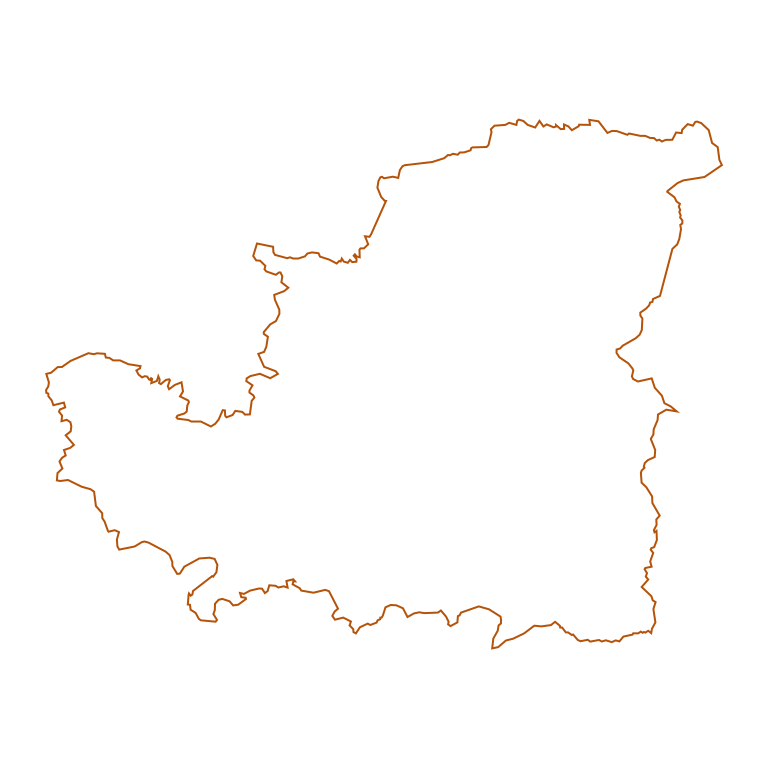 San Pedro Yeloixtlahuaca, Puebla, Mexico (Mercator projection), rotated 270°
{"feature_id": "50627088B18760877714878", "entity_name": "San Pedro Yeloixtlahuaca", "entity_type": "district", "adm_level": 2, "iso_a3": "MEX", "parent_name": "Mexico", "parent_adm1": "Puebla", "projection": "mercator", "projection_center": [-98.049, 18.052], "detail": "fine", "context": "isolated", "style": "outline", "palette": "amber", "viewbox_px": 768, "rotation_deg": 270, "n_neighbors": 0, "source": "geoboundaries", "source_scale": "gbopen_adm2", "svg_char_len": 6112}
<svg xmlns="http://www.w3.org/2000/svg" viewBox="0 0 768 768"><g transform="rotate(270 384 384)"><path d="M547.5,682.4L550.5,680.1L552.6,680.7L556.0,679.3L558.0,680.2L561.3,678.8L564.1,679.9L566.6,676.5L570.7,674.5L576.2,667.2L577.0,667.5L585.0,677.6L587.6,683.4L591.0,704.5L602.9,721.9L608.1,719.4L620.9,717.7L625.0,712.1L637.9,708.7L644.8,701.4L646.4,697.2L646.1,695.3L642.3,692.9L643.9,687.7L638.3,682.2L634.9,681.6L635.5,676.1L628.2,672.3L628.1,665.7L626.5,661.9L628.3,659.3L627.5,656.7L629.9,654.1L630.1,650.0L632.1,645.3L632.1,640.5L634.5,629.0L633.2,627.4L636.9,616.8L637.1,612.1L635.1,607.4L646.7,598.5L648.1,589.3L643.1,590.0L643.3,579.1L641.7,578.6L637.8,571.8L641.6,568.4L643.5,564.0L639.1,564.1L638.9,560.7L642.9,556.0L641.5,556.1L640.7,553.6L643.6,546.7L641.5,543.4L647.1,539.5L640.5,535.2L643.1,527.7L647.0,523.4L648.4,518.8L647.2,517.2L643.1,516.4L645.2,509.2L643.1,505.3L642.3,494.5L638.8,490.9L635.8,491.5L623.0,488.5L621.0,486.6L620.6,472.5L619.8,471.1L617.7,470.6L615.6,464.1L615.5,459.8L613.3,457.8L614.2,453.0L612.7,449.8L613.0,448.0L609.8,444.2L606.0,432.2L602.8,404.7L601.7,402.4L597.9,399.9L590.1,398.2L591.3,392.8L589.7,384.0L591.2,382.0L590.7,380.4L587.1,378.5L580.3,377.4L571.0,381.2L567.2,384.7L567.1,386.0L533.9,371.2L531.2,369.5L531.7,365.0L523.7,368.2L519.6,363.9L519.6,360.5L518.3,359.5L510.7,359.7L511.5,356.7L513.7,354.9L512.3,353.7L509.0,356.6L506.3,356.4L505.9,352.2L508.1,350.0L505.2,347.8L506.4,343.8L509.4,341.8L506.5,340.7L507.0,339.2L504.5,336.7L508.4,329.2L511.4,320.0L514.8,318.5L515.6,312.0L514.5,307.4L511.6,304.9L509.5,298.3L509.5,293.1L510.7,290.0L509.8,287.2L513.1,275.0L515.8,273.4L521.2,273.1L524.5,257.0L512.0,253.2L507.6,256.2L507.3,260.1L502.1,265.4L498.7,264.5L496.6,266.3L493.2,275.8L495.6,279.1L495.5,280.5L491.7,282.3L485.7,281.4L480.3,288.3L476.9,284.2L473.1,274.2L468.3,274.9L458.4,279.3L454.2,279.4L447.0,276.0L443.7,270.3L435.8,263.7L434.0,263.9L431.3,267.9L421.2,266.3L416.1,264.1L414.1,258.3L401.2,264.1L396.8,275.7L394.1,277.9L389.8,270.2L394.2,259.9L391.9,250.3L389.6,246.7L386.9,246.3L382.7,252.5L377.2,249.4L375.4,249.5L372.6,253.4L370.4,254.4L367.2,251.7L353.6,249.9L353.4,245.0L356.1,242.3L357.1,235.3L353.0,232.6L350.7,226.5L352.2,225.2L357.6,224.9L357.8,222.7L348.5,218.7L344.2,215.2L341.5,210.9L346.5,200.8L346.5,191.3L348.0,188.3L349.3,177.6L350.6,176.5L352.3,177.4L354.5,184.3L356.4,186.7L362.4,187.3L365.8,188.9L367.4,188.4L371.6,180.0L376.5,183.0L385.7,181.5L383.1,174.9L378.8,169.1L381.8,167.8L387.8,169.9L388.7,169.2L388.1,165.9L383.9,160.9L384.9,159.1L388.3,159.7L391.7,158.3L387.1,156.9L384.9,151.3L389.1,152.1L389.8,151.1L388.1,150.2L388.4,149.2L391.4,147.2L391.8,144.7L390.6,142.1L393.5,138.5L397.5,136.4L399.7,140.0L401.9,140.5L403.8,128.4L407.6,120.0L407.6,113.2L410.1,109.4L410.5,105.8L414.2,104.9L414.7,97.0L413.8,93.9L414.8,88.4L407.1,70.6L401.0,61.9L400.9,57.7L395.3,51.1L394.1,46.3L385.6,48.9L381.6,48.3L378.0,46.1L375.2,46.3L374.4,48.3L371.7,48.4L367.6,51.7L362.8,53.4L365.4,63.9L360.6,65.2L358.5,59.9L356.2,59.0L352.4,62.1L346.8,61.5L348.2,66.7L345.8,70.4L341.7,71.3L336.7,70.7L332.7,65.7L323.1,73.9L320.1,70.2L318.0,64.0L312.5,65.7L310.2,62.0L306.5,59.5L299.5,62.4L294.9,57.5L287.6,56.9L287.0,60.4L288.0,68.0L281.3,81.6L278.8,90.5L276.3,94.1L262.0,95.9L254.8,102.2L249.9,102.3L246.4,104.6L237.2,107.9L236.3,108.5L237.8,114.8L235.9,119.0L228.5,116.9L221.6,117.4L218.4,119.2L221.5,134.6L225.9,141.9L226.5,144.4L225.4,148.5L216.4,165.6L212.9,169.6L206.1,172.3L202.0,172.4L194.1,177.2L194.4,179.9L201.3,184.3L209.5,199.2L210.3,209.5L209.1,214.6L203.1,217.4L195.7,216.4L191.3,213.1L191.9,212.2L177.0,193.0L173.5,192.4L172.3,190.7L174.6,189.0L173.2,188.6L163.5,187.8L163.2,190.0L158.3,190.6L155.1,195.6L149.1,198.9L147.7,200.8L146.3,215.6L148.1,217.0L153.9,213.4L157.8,214.8L164.2,215.0L168.2,218.6L169.1,222.3L166.7,229.6L162.6,233.1L163.3,238.2L169.0,246.0L170.3,245.6L170.8,241.3L175.0,240.0L174.1,244.0L177.4,250.1L179.5,259.0L179.3,262.1L174.9,264.9L176.9,267.6L182.7,269.3L182.2,275.6L180.5,278.3L181.7,283.8L180.4,287.6L187.0,286.4L188.7,293.3L186.6,295.1L186.6,293.3L183.7,292.6L179.8,299.7L177.4,301.3L175.3,313.5L178.1,325.2L176.8,329.0L159.3,338.0L156.5,334.7L152.1,332.3L148.3,335.0L150.4,343.2L146.5,350.9L142.6,349.6L138.9,353.2L135.9,353.5L134.6,355.9L140.7,359.9L144.4,367.7L143.0,370.3L145.4,376.6L147.7,377.6L148.7,380.1L150.3,380.3L150.3,381.5L152.3,382.8L160.7,385.5L163.0,390.7L162.7,396.4L159.7,403.0L151.0,407.5L154.6,414.0L155.7,419.3L154.9,424.2L155.4,437.9L157.5,440.9L151.5,446.0L146.3,448.6L143.7,448.1L141.9,450.5L145.6,457.4L151.9,457.9L152.6,459.6L155.4,461.0L161.6,478.8L158.7,489.0L151.4,500.5L148.1,501.1L144.5,500.9L142.6,498.6L137.2,497.7L129.4,493.3L119.6,492.2L120.9,498.2L127.5,505.9L129.3,513.1L134.6,524.1L142.3,534.3L141.6,541.2L142.9,550.9L146.2,555.1L142.2,559.9L140.5,560.2L140.5,562.1L135.6,565.8L135.6,568.1L133.0,571.8L133.5,573.1L128.0,577.8L126.8,580.5L128.2,587.8L126.4,590.2L128.0,599.0L126.5,601.8L127.7,605.8L125.9,611.8L127.6,615.7L126.6,619.4L131.4,623.4L133.4,632.5L134.7,633.2L134.7,638.3L136.4,640.8L135.2,642.7L136.0,643.9L135.4,645.4L137.2,648.2L134.9,651.2L139.1,651.9L145.6,655.4L159.0,653.4L165.9,655.6L167.7,652.7L171.8,651.4L181.0,641.7L188.5,648.2L191.4,645.8L194.9,647.0L198.8,644.6L200.0,645.3L201.3,651.6L206.5,650.2L215.1,653.2L218.3,650.7L219.9,651.4L220.9,654.2L228.1,656.9L237.1,656.5L235.7,654.5L237.9,653.9L243.1,656.6L248.5,656.3L252.4,659.7L264.9,652.4L271.6,652.1L280.8,646.3L285.3,641.6L295.1,640.9L297.4,641.6L300.2,644.5L301.2,643.8L305.0,644.8L307.9,647.9L311.0,654.7L318.0,655.2L329.1,650.8L333.5,653.4L338.7,653.7L348.0,657.6L353.5,658.0L358.3,666.3L356.6,676.7L361.6,670.7L364.8,664.4L372.3,661.9L380.2,654.8L389.6,651.7L386.5,637.9L389.0,633.1L391.6,631.9L397.5,633.3L399.4,632.5L404.6,628.4L410.7,619.4L415.2,616.5L418.5,616.6L419.5,620.1L422.3,622.7L429.7,635.6L433.2,639.6L437.9,641.8L449.5,642.4L452.3,640.4L455.4,640.3L459.5,646.2L462.7,649.2L465.5,650.1L466.1,652.4L469.0,653.0L472.1,660.0L519.1,672.4L523.6,677.2L529.0,679.3L538.8,681.0L543.1,680.3L544.5,682.3L547.5,682.4Z" fill="none" stroke="#b45309" stroke-width="2"/></g></svg>